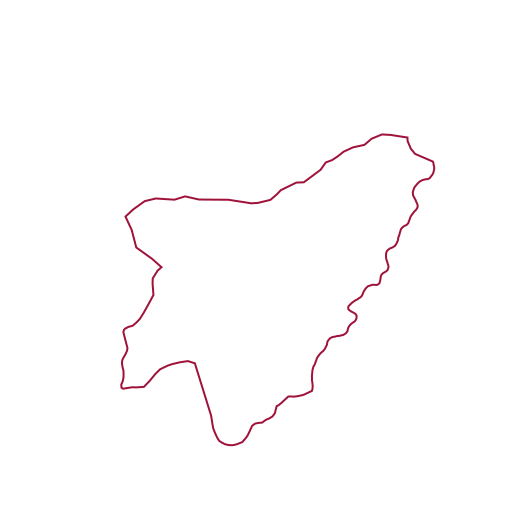 outline of Bambio, Sangha-Mbaéré, Central African Republic, rotated 308°
{"feature_id": "33826404B86044426841106", "entity_name": "Bambio", "entity_type": "district", "adm_level": 2, "iso_a3": "CAF", "parent_name": "Central African Republic", "parent_adm1": "Sangha-Mbaéré", "projection": "albers", "projection_center": [16.839, 3.876], "detail": "fine", "context": "isolated", "style": "outline", "palette": "rose", "viewbox_px": 512, "rotation_deg": 308, "n_neighbors": 0, "source": "geoboundaries", "source_scale": "gbopen_adm2", "svg_char_len": 3497}
<svg xmlns="http://www.w3.org/2000/svg" viewBox="0 0 512 512"><g transform="rotate(308 256 256)"><path d="M442.6,302.4L434.2,287.4L429.3,280.4L419.6,274.9L410.3,273.0L401.4,265.6L392.1,260.8L384.9,259.1L378.4,256.9L372.7,253.4L363.6,253.8L343.5,248.3L338.7,242.6L323.1,235.0L317.6,234.5L309.1,232.8L306.2,230.5L299.0,224.8L294.5,219.7L291.6,214.4L283.3,199.6L265.4,176.3L259.3,163.4L250.2,157.1L239.6,141.6L230.8,134.6L228.5,133.9L217.3,130.6L206.7,128.9L200.0,142.0L189.0,156.4L189.8,175.7L189.0,188.4L183.9,187.5L174.8,188.4L170.8,191.3L162.1,199.2L149.7,201.3L141.9,202.5L134.9,203.2L129.8,202.7L125.0,201.7L121.6,199.1L118.0,197.5L116.3,197.5L114.2,198.5L104.3,211.4L102.0,212.7L97.9,213.7L95.2,214.0L92.0,214.6L89.3,216.1L86.1,219.4L84.0,222.2L81.0,224.7L78.3,226.6L75.3,228.1L71.7,229.0L69.4,231.1L69.6,233.0L71.3,234.5L76.4,239.3L78.7,242.5L83.8,248.2L92.2,249.1L100.9,249.3L107.8,250.2L115.4,254.0L119.5,256.7L126.0,262.0L131.3,267.1L133.8,273.9L102.5,319.0L99.4,322.3L96.8,325.1L93.9,328.3L91.3,332.7L89.0,337.2L87.7,340.7L87.9,343.9L88.6,347.5L90.3,351.1L92.4,353.9L94.7,356.0L97.0,357.5L101.0,359.8L105.0,360.0L108.6,360.0L111.8,359.4L114.5,358.8L119.8,357.5L123.4,358.5L126.0,360.7L128.5,363.4L133.1,364.7L136.1,366.4L139.5,367.7L143.5,367.7L150.5,364.7L151.9,365.5L155.3,366.4L157.9,366.8L164.8,367.9L165.7,368.5L168.8,372.8L171.6,375.5L175.8,378.9L184.1,383.1L185.7,382.5L187.1,381.6L188.5,380.7L189.6,379.6L190.8,378.5L191.9,377.3L193.0,376.2L194.4,375.3L195.5,374.2L196.9,373.3L198.3,372.4L199.7,371.5L201.1,370.6L202.7,370.0L204.3,369.3L206.3,369.1L207.4,368.9L209.0,368.2L210.8,367.8L212.4,367.1L214.3,366.7L216.0,366.7L218.4,366.7L220.4,366.9L222.2,367.4L224.5,367.5L226.5,367.2L228.3,366.8L230.1,366.4L231.5,365.5L233.1,364.9L235.0,364.9L237.0,365.1L238.6,365.8L239.9,366.7L241.0,367.9L242.4,368.8L243.5,369.9L244.6,371.1L246.0,372.0L247.1,373.2L248.7,373.8L250.5,374.4L252.8,374.4L254.4,373.7L255.9,373.0L257.8,372.6L259.6,372.6L261.6,372.9L263.5,373.4L265.0,374.0L266.9,374.0L268.7,373.6L270.0,372.7L271.2,371.6L271.6,369.8L271.4,367.8L271.0,365.9L270.8,363.9L270.9,361.6L272.0,360.4L273.6,359.8L275.6,360.1L277.7,360.3L279.5,360.8L281.3,361.3L282.9,361.9L284.4,362.7L286.3,363.1L287.9,363.8L290.1,363.9L291.9,363.4L293.7,362.9L295.3,362.6L295.6,362.6L297.6,362.4L299.7,362.6L301.5,363.0L302.8,364.0L304.2,364.9L305.5,366.0L306.4,367.4L307.4,368.8L308.7,369.7L310.7,370.0L312.3,369.3L313.9,368.6L315.2,367.8L316.9,366.8L318.7,366.4L320.7,366.7L322.3,367.3L323.9,368.0L325.9,368.3L327.3,367.9L328.9,367.2L330.0,366.1L330.9,364.7L331.9,363.4L332.8,362.0L333.7,360.6L334.9,359.5L336.0,358.4L337.4,357.5L338.7,356.6L340.6,356.1L342.6,356.4L344.5,356.9L345.8,357.8L347.4,358.5L349.2,359.2L351.4,359.2L353.3,358.8L355.1,358.4L356.7,357.7L358.0,356.8L359.9,356.3L361.5,355.7L363.0,355.0L364.7,354.4L366.3,353.7L368.5,353.7L370.4,354.2L371.9,354.9L373.5,355.6L375.6,355.8L377.1,355.2L379.0,354.7L380.6,354.1L382.3,353.6L384.4,353.4L386.7,353.4L388.9,353.4L391.0,353.7L393.0,353.5L394.7,352.9L395.8,351.7L396.7,350.4L397.4,348.8L398.3,347.4L399.0,345.8L399.7,344.2L400.4,342.6L401.5,341.5L402.6,340.4L404.3,339.7L405.9,339.1L407.7,338.6L410.0,338.6L412.2,338.7L414.2,338.9L416.1,339.4L417.7,340.1L419.1,341.0L420.4,342.0L421.5,343.1L422.6,344.2L424.2,344.9L426.5,344.9L428.7,344.9L430.6,344.6L432.2,343.8L433.7,343.2L435.1,342.3L436.2,341.2L437.2,339.8L438.4,338.7L439.3,337.3L434.4,318.5L435.9,311.9L439.9,304.7L442.6,302.4Z" fill="none" stroke="#9f1239" stroke-width="2"/></g></svg>